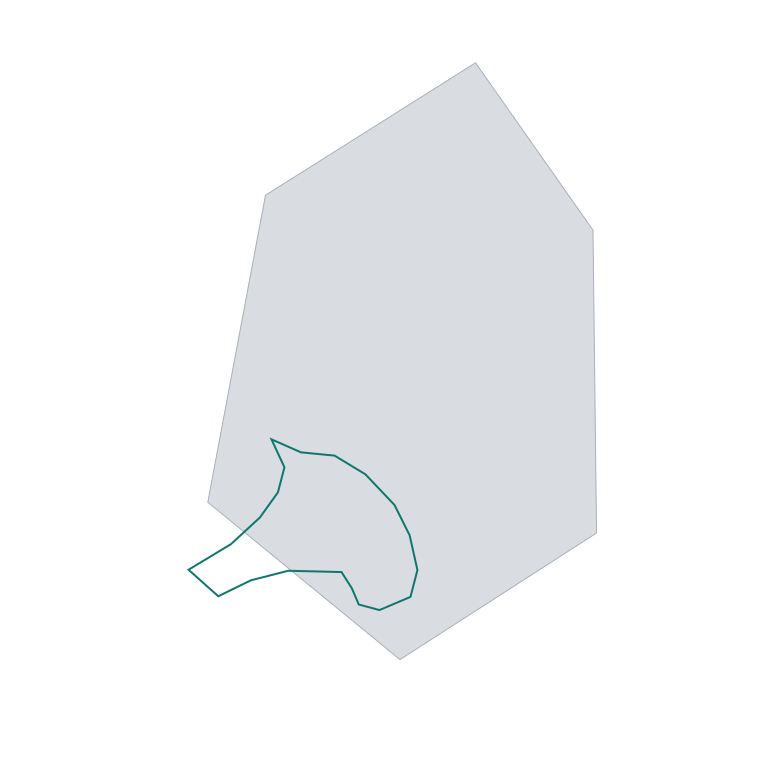 location of San Marino within San Marino, rotated 337°
{"feature_id": "SMR-4884", "entity_name": "San Marino", "entity_type": "state/province", "adm_level": 1, "iso_a3": "SMR", "parent_name": "San Marino", "parent_adm1": "", "projection": "mercator", "projection_center": [12.418, 43.922], "detail": "fine", "context": "in_parent", "style": "outline", "palette": "teal", "viewbox_px": 768, "rotation_deg": 337, "n_neighbors": 0, "source": "natural_earth", "source_scale": "10m", "svg_char_len": 564}
<svg xmlns="http://www.w3.org/2000/svg" viewBox="0 0 768 768"><g transform="rotate(337 384 384)"><path d="M521.4,604.2L291.0,643.9L175.6,424.0L348.7,163.9L593.7,124.1L636.5,324.0L521.4,604.2Z" fill="#d9dde1" stroke="#a8b0b8" stroke-width="1"/><path d="M148.5,514.6L131.5,478.6L180.6,471.6L217.6,458.4L244.0,442.3L259.8,421.8L258.8,391.0L280.9,414.5L310.5,430.6L331.6,459.9L346.4,499.5L348.5,533.2L342.1,568.3L325.2,590.3L291.5,590.3L274.6,577.1L274.6,559.5L271.4,540.5L222.9,518.5L184.9,512.7L148.5,514.6Z" fill="none" stroke="#0f766e" stroke-width="2"/></g></svg>